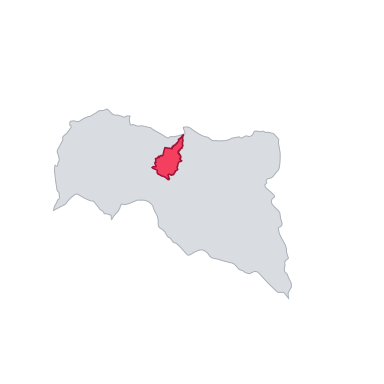 Kaga-Bandoro, Nana-Grébizi, Central African Republic shown in context, rotated 35°
{"feature_id": "33826404B9567885504809", "entity_name": "Kaga-Bandoro", "entity_type": "district", "adm_level": 2, "iso_a3": "CAF", "parent_name": "Central African Republic", "parent_adm1": "Nana-Grébizi", "projection": "albers", "projection_center": [19.16, 7.502], "detail": "fine", "context": "in_parent", "style": "filled", "palette": "rose", "viewbox_px": 384, "rotation_deg": 35, "n_neighbors": 0, "source": "geoboundaries", "source_scale": "gbopen_adm2", "svg_char_len": 7649}
<svg xmlns="http://www.w3.org/2000/svg" viewBox="0 0 384 384"><g transform="rotate(35 192 192)"><path d="M258.7,147.1L261.9,147.9L262.4,148.8L261.6,152.0L262.2,154.0L264.0,155.7L265.8,156.4L267.6,156.8L273.6,157.7L276.1,158.9L279.5,162.6L283.7,165.9L284.7,167.7L284.5,169.4L283.3,171.4L283.5,172.2L285.5,174.2L287.7,176.2L291.7,178.4L298.7,181.8L301.9,184.2L303.0,185.9L304.8,187.9L307.3,189.6L309.0,191.0L307.9,194.9L308.3,196.2L308.9,197.3L310.4,198.8L311.0,200.8L312.5,203.2L314.2,204.3L317.1,204.7L318.6,205.8L321.8,207.7L324.9,209.3L326.2,210.5L327.0,211.5L327.8,212.7L328.1,213.9L328.2,216.5L328.8,219.8L330.5,222.0L332.1,223.7L325.8,221.9L324.9,221.8L323.8,222.2L320.6,224.6L319.5,224.9L315.4,224.5L305.5,222.8L297.8,221.1L295.5,220.5L291.4,219.9L288.7,221.2L286.3,225.4L285.5,226.3L281.6,227.5L279.7,227.2L275.1,228.4L268.0,226.8L265.5,227.2L263.5,228.1L258.4,230.0L255.3,231.1L251.7,232.2L248.3,233.7L246.0,234.5L243.8,234.6L241.7,233.7L239.5,233.0L236.8,232.9L234.1,233.3L231.7,235.0L230.8,236.2L228.7,239.4L226.4,244.6L225.4,245.6L224.6,246.2L213.4,243.7L208.6,243.1L205.4,243.9L201.3,242.5L199.6,242.2L198.7,242.7L196.5,242.1L192.8,240.3L189.3,239.6L186.1,239.9L184.2,239.3L182.6,237.6L180.6,234.5L177.0,231.4L172.1,228.9L169.1,227.0L167.9,225.8L165.3,225.1L161.3,224.9L157.4,226.2L151.9,230.0L146.8,238.0L144.0,241.1L141.7,241.8L141.1,243.8L142.2,246.8L142.5,250.3L141.7,256.3L142.0,260.6L140.8,259.9L139.6,257.9L139.0,257.5L135.7,258.4L133.9,259.2L133.0,260.0L132.2,260.1L131.2,259.0L130.3,258.8L129.0,259.0L127.6,259.0L126.7,258.9L126.2,259.0L124.6,258.3L118.7,256.6L117.7,256.0L116.6,256.1L113.5,257.5L111.9,257.9L107.1,258.8L102.0,259.2L100.0,259.3L98.6,259.9L97.7,260.8L96.1,266.3L95.7,267.2L95.7,268.6L95.3,273.0L95.4,274.4L89.2,286.5L88.2,284.5L87.5,282.1L87.3,279.4L87.4,278.7L87.1,277.9L86.5,275.6L87.1,274.2L86.7,272.7L85.5,271.2L84.4,270.1L83.8,269.1L83.2,268.6L82.0,268.5L80.4,267.9L73.6,260.8L66.5,252.7L65.1,250.1L64.5,248.6L66.3,248.4L66.7,248.2L66.8,247.5L65.7,245.4L65.2,242.8L64.3,241.2L61.6,238.7L58.9,236.8L58.1,235.8L57.6,234.5L56.7,225.8L56.3,223.3L55.4,222.2L54.8,221.7L54.6,221.1L54.7,219.6L55.1,218.2L55.1,217.7L55.8,216.5L55.9,208.4L55.1,207.3L53.5,207.3L52.6,206.1L51.9,204.6L52.1,203.6L53.7,202.0L54.7,201.4L57.8,200.1L58.6,199.5L59.2,198.7L59.5,197.6L61.3,193.5L64.0,189.4L65.1,188.6L67.8,182.6L68.4,181.0L68.9,179.5L69.7,178.3L72.6,176.2L74.8,172.7L77.2,172.9L79.6,173.5L82.7,173.8L85.1,173.1L86.7,171.7L94.2,169.3L94.7,167.4L95.9,166.4L97.3,165.5L97.8,165.4L97.9,166.1L98.7,168.1L100.4,170.1L102.9,172.3L103.6,172.1L105.1,170.5L109.1,169.5L110.0,169.0L112.8,166.6L116.2,165.1L118.1,164.5L121.5,163.0L123.9,163.2L127.7,162.9L134.1,162.2L138.8,162.0L141.1,161.7L141.7,161.3L142.6,159.0L143.3,158.4L145.1,157.4L148.5,153.9L150.7,150.9L151.4,149.9L151.9,149.7L152.8,148.4L151.9,147.1L148.0,144.5L148.1,144.2L147.9,143.7L148.1,143.4L149.6,142.3L151.5,141.1L153.6,140.6L159.1,140.7L163.7,140.5L164.8,140.5L168.4,139.9L170.9,139.3L173.5,138.1L179.2,138.2L184.0,135.0L185.4,134.4L186.0,133.9L186.2,133.4L188.4,132.1L191.0,129.5L192.9,127.1L193.5,125.4L198.9,119.8L200.8,119.9L201.7,119.2L203.8,115.4L204.5,114.7L206.7,114.0L207.8,112.9L208.7,111.2L208.7,109.2L208.3,107.5L208.3,106.7L208.8,106.0L209.6,105.2L213.8,103.2L214.8,102.2L215.4,101.3L216.6,101.1L217.8,101.2L218.6,100.6L219.5,99.7L222.4,98.5L225.0,97.5L227.8,97.9L232.8,99.1L234.4,101.7L235.1,102.7L241.4,109.0L242.6,110.5L245.7,115.1L247.6,118.2L249.8,122.7L250.1,125.1L249.8,127.2L249.4,133.1L248.9,134.8L246.2,138.0L246.1,139.5L246.6,140.7L247.5,141.2L248.0,141.7L247.7,144.5L248.7,145.6L250.8,146.3L256.0,146.7L258.7,147.1Z" fill="#d9dde1" stroke="#a8b0b8" stroke-width="1"/><path d="M152.1,150.2L152.1,150.8L152.1,151.1L152.1,151.3L151.8,151.4L151.8,151.5L151.7,151.7L151.8,151.8L152.0,151.9L152.1,152.0L152.0,152.3L151.8,152.4L151.7,152.5L151.7,152.8L151.8,153.0L152.0,153.3L152.1,153.5L151.8,153.8L151.7,153.9L151.7,154.0L151.7,154.3L151.8,154.4L151.8,154.6L151.6,154.7L151.5,154.8L151.4,154.8L151.3,155.0L151.5,155.3L151.5,155.5L151.4,155.6L151.3,155.9L151.2,156.0L150.9,156.1L150.8,156.5L150.9,156.9L150.9,157.1L151.0,157.2L151.2,157.3L151.3,157.3L151.6,157.4L151.8,157.8L151.9,158.0L151.8,158.4L151.8,158.5L151.9,159.0L151.8,159.3L151.7,159.3L151.6,159.5L151.7,160.2L151.7,160.3L151.6,160.5L151.4,160.6L151.4,160.8L151.6,160.9L151.8,161.0L151.7,161.3L151.5,161.5L151.4,162.0L151.2,162.1L151.1,162.5L151.0,162.8L151.1,163.0L150.9,163.3L150.9,163.5L151.0,163.5L151.1,163.8L151.0,164.1L150.8,164.3L150.7,164.4L150.4,164.5L150.2,164.6L150.4,164.9L150.6,165.0L150.6,165.4L150.4,165.5L150.1,165.6L149.9,165.8L150.0,165.9L150.1,166.0L150.3,166.3L150.2,166.6L150.1,166.8L150.0,167.0L150.0,167.5L150.3,167.8L150.6,167.8L150.8,167.8L150.9,168.0L150.6,168.1L150.2,168.3L148.5,169.1L144.4,171.1L144.6,172.0L145.6,174.7L147.2,179.0L146.9,179.3L146.7,179.4L146.6,179.5L146.3,179.6L146.1,179.6L145.9,179.7L145.7,179.8L145.5,180.2L145.5,180.3L145.6,180.5L145.6,180.8L145.5,181.1L145.3,181.2L145.1,181.3L144.8,181.4L144.5,181.6L144.3,181.8L144.2,182.0L144.8,182.2L145.0,182.3L145.2,182.5L144.9,182.8L144.6,182.9L144.4,183.0L144.2,183.3L144.2,183.6L144.1,183.8L144.1,184.0L144.1,184.3L144.1,184.5L143.9,184.8L143.5,184.9L143.4,184.9L143.2,185.1L143.1,185.4L143.1,185.6L143.0,185.8L144.3,186.8L144.5,187.3L144.7,188.4L144.8,188.4L145.0,188.4L145.3,188.5L145.2,188.6L145.1,188.8L145.0,189.2L144.9,189.6L146.4,190.8L147.0,190.9L147.5,191.1L147.7,191.4L147.9,191.6L147.9,191.8L147.9,192.1L147.7,192.3L147.1,192.6L146.5,193.0L146.0,193.2L145.8,193.3L145.5,193.7L145.4,194.3L145.3,194.9L146.7,195.0L149.1,194.4L150.0,194.3L150.5,194.2L150.8,194.2L151.0,194.3L151.3,194.5L151.5,194.6L151.9,195.4L152.0,195.7L152.2,196.0L152.5,196.2L152.8,196.4L153.1,196.5L153.7,196.7L154.1,196.8L154.5,196.7L155.0,196.6L155.8,196.3L156.4,196.4L158.2,196.2L159.1,195.8L160.8,195.3L162.3,195.3L165.5,195.6L165.9,195.0L166.0,194.6L166.0,194.2L165.9,194.0L165.5,193.9L165.3,194.0L165.1,193.7L164.9,193.5L164.6,193.5L164.3,193.6L164.1,193.4L164.0,192.7L163.7,192.4L162.9,192.2L162.7,192.0L162.5,191.4L162.7,190.9L162.9,190.6L163.6,190.3L164.2,190.2L164.8,190.3L165.4,190.2L165.8,189.9L165.8,189.7L165.7,189.3L165.8,189.1L166.7,188.7L166.9,188.0L166.9,187.4L166.7,186.9L166.6,186.6L166.8,186.3L166.8,185.8L166.6,184.7L166.3,184.6L166.3,184.3L166.6,183.9L166.8,183.6L167.2,182.7L167.4,182.1L167.4,181.8L167.0,181.4L166.4,181.0L165.4,180.2L165.4,178.9L164.8,177.9L164.6,177.7L164.2,176.3L164.1,175.3L164.2,174.6L164.5,174.0L165.0,173.8L165.7,172.7L165.6,172.3L165.4,172.3L165.1,172.7L164.8,172.6L164.7,172.3L164.5,172.2L164.3,172.2L164.1,172.2L163.9,172.1L163.6,172.1L163.1,172.0L162.9,171.9L162.9,171.3L163.2,170.9L163.3,170.5L163.1,170.2L162.6,170.1L162.7,169.8L162.9,169.5L163.1,169.4L162.7,169.4L162.4,169.4L162.1,169.3L161.8,169.0L161.7,168.8L161.6,168.6L161.4,168.5L161.1,168.5L160.8,168.7L160.5,168.7L160.3,168.5L159.9,168.1L159.7,168.5L159.4,168.2L159.0,167.7L158.7,167.7L158.6,168.0L158.2,168.1L157.9,167.6L157.4,166.9L157.5,166.6L157.8,166.5L158.0,166.3L157.9,166.0L157.6,165.9L157.4,165.6L157.4,165.3L157.7,165.0L158.0,164.8L158.1,164.7L157.8,164.3L157.7,164.0L158.0,163.6L158.1,163.2L157.9,162.7L157.9,162.2L158.2,162.0L158.5,161.9L158.2,161.6L158.1,161.4L158.0,161.1L158.1,160.7L158.3,160.5L158.3,160.3L158.1,160.1L158.1,159.9L157.8,159.6L157.8,159.0L157.2,158.7L156.9,158.3L156.5,158.0L156.3,157.5L156.1,157.2L155.8,157.1L155.7,156.9L155.6,156.7L155.6,156.2L155.5,155.9L155.4,155.7L155.3,155.3L155.1,155.0L154.8,154.6L154.4,154.3L154.1,154.3L153.6,153.7L153.2,152.6L152.8,152.4L152.5,151.1L152.4,150.3L152.1,150.2Z" fill="#f43f5e" stroke="#9f1239" stroke-width="1.5"/></g></svg>